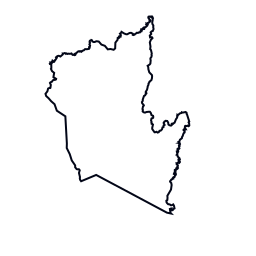 Robežnieku pag., Kraslavas, Latvia, rotated 68°
{"feature_id": "27541924B81744778922101", "entity_name": "Robežnieku pag.", "entity_type": "district", "adm_level": 2, "iso_a3": "LVA", "parent_name": "Latvia", "parent_adm1": "Kraslavas", "projection": "albers", "projection_center": [27.571, 55.969], "detail": "fine", "context": "isolated", "style": "outline", "palette": "ink", "viewbox_px": 256, "rotation_deg": 68, "n_neighbors": 0, "source": "geoboundaries", "source_scale": "gbopen_adm2", "svg_char_len": 5629}
<svg xmlns="http://www.w3.org/2000/svg" viewBox="0 0 256 256"><g transform="rotate(68 128 128)"><path d="M178.4,92.5L177.9,93.2L176.4,93.2L176.0,93.0L176.0,92.6L176.5,92.1L176.5,91.7L175.3,91.6L173.1,92.6L171.6,92.3L171.1,92.9L170.3,91.8L169.2,91.7L169.3,91.2L169.2,91.0L168.0,91.3L168.0,90.9L168.5,90.4L168.5,90.2L167.8,90.0L166.7,90.3L166.4,90.0L166.4,89.6L165.8,89.6L165.8,89.1L166.4,88.3L166.2,88.0L165.5,88.1L164.7,87.6L164.2,87.6L164.0,87.4L164.1,87.0L163.9,86.9L163.6,87.4L163.4,87.4L162.6,86.1L161.8,86.5L161.7,86.3L162.1,86.0L162.0,85.8L161.2,85.9L160.9,86.4L160.9,85.8L160.7,85.7L159.8,86.1L159.8,85.5L158.3,84.2L157.7,81.9L156.7,81.4L156.0,80.4L153.9,78.6L153.5,78.0L153.5,77.5L153.2,77.1L151.6,76.4L151.2,76.6L151.3,77.1L150.6,77.3L150.1,76.5L150.3,75.6L150.7,74.9L148.7,75.1L147.6,74.4L147.5,74.0L148.2,72.9L148.1,72.0L149.0,71.3L148.9,70.6L148.6,70.2L146.6,69.6L145.4,69.7L145.0,68.8L137.4,68.2L136.7,68.4L136.0,68.0L135.5,68.1L134.7,68.7L134.4,70.7L134.0,72.0L133.6,72.3L134.1,72.8L133.9,74.5L134.7,76.6L134.2,77.2L135.2,77.5L135.3,78.0L136.1,78.1L137.0,78.9L137.8,80.2L140.5,82.8L140.6,83.6L141.0,84.5L140.6,84.9L140.4,85.5L140.5,85.9L141.5,86.1L141.9,87.0L141.8,87.4L140.9,88.6L139.9,89.2L138.0,88.7L136.2,89.0L135.4,90.5L135.7,91.4L135.7,91.8L136.0,92.0L136.4,92.9L136.7,93.1L138.8,92.9L139.0,94.1L140.4,94.7L140.4,95.8L142.0,97.0L142.7,98.7L142.4,99.8L143.4,101.1L143.3,102.3L142.2,102.9L142.1,104.6L141.9,105.0L138.1,105.9L137.1,105.6L134.2,103.6L133.8,103.9L133.1,103.9L132.9,104.5L131.4,104.2L130.9,103.8L129.6,103.8L128.0,102.7L127.9,102.4L128.1,101.3L127.9,100.8L126.9,100.3L126.1,100.2L124.8,101.4L122.8,101.2L121.2,101.6L120.8,102.4L120.1,104.8L120.1,106.5L119.2,107.7L118.1,108.2L116.8,107.4L115.8,107.5L115.3,107.1L113.6,106.0L113.3,105.2L112.9,104.8L110.3,105.6L109.2,105.4L108.3,104.1L107.2,103.7L104.3,101.2L104.1,99.8L103.4,99.2L102.9,98.0L102.3,97.9L102.1,98.4L101.1,98.0L99.6,96.0L97.8,94.7L96.7,94.1L95.6,92.8L94.4,92.3L93.7,91.1L93.1,90.8L92.4,88.4L90.9,87.2L88.9,86.2L87.8,86.0L84.4,87.4L81.2,87.1L79.0,86.4L77.7,86.5L77.2,84.0L76.6,83.1L73.7,81.6L72.3,81.4L71.6,80.9L71.0,79.8L69.8,78.9L68.9,78.8L68.0,78.1L66.3,77.8L64.3,77.5L63.2,77.9L60.8,76.6L56.8,75.7L54.9,73.9L53.8,71.6L52.8,71.8L52.3,72.9L52.2,73.6L50.5,73.2L49.5,71.2L47.8,71.2L47.2,69.8L47.4,68.8L45.8,67.2L44.1,66.9L42.4,66.1L40.8,66.4L39.2,66.0L36.9,64.5L36.2,64.4L35.6,63.7L33.7,63.8L33.5,64.2L34.3,64.7L34.0,65.0L33.3,64.9L32.5,66.9L32.5,67.3L33.4,67.9L34.4,67.5L35.9,67.7L36.2,67.1L37.0,67.1L37.7,68.0L37.6,68.5L38.0,68.9L38.0,70.8L38.8,71.7L38.5,71.9L38.9,72.0L39.0,72.3L39.4,72.1L39.7,71.2L40.4,71.9L40.5,72.7L40.9,73.2L41.0,74.0L40.8,75.1L41.8,75.4L42.3,75.9L42.1,76.5L41.1,76.7L41.3,77.2L42.1,78.0L41.6,78.6L42.7,79.0L42.2,79.4L42.8,80.0L43.2,79.8L43.6,80.3L43.5,80.9L43.8,81.2L43.4,82.4L43.6,83.1L43.0,84.1L43.3,84.8L43.5,86.3L43.9,86.9L43.8,88.3L43.4,88.7L42.4,88.2L41.0,89.4L40.7,90.1L40.5,91.0L40.8,93.6L40.4,94.6L38.9,96.2L36.4,98.0L37.2,98.8L37.5,100.1L39.2,99.8L40.4,100.6L39.7,101.4L39.7,102.0L40.1,102.4L40.6,101.9L41.0,102.2L41.1,102.9L41.0,103.5L40.6,103.5L40.6,103.8L42.3,104.6L44.1,107.7L49.4,110.1L50.1,112.0L48.2,114.6L47.5,117.3L43.1,118.7L40.7,121.4L36.9,122.7L35.8,124.6L35.7,125.5L35.8,126.6L35.4,127.7L34.5,128.5L33.1,128.6L32.6,129.1L33.0,129.7L32.8,130.6L33.2,131.1L34.3,131.5L34.8,131.3L36.1,132.5L37.2,132.2L38.2,132.9L38.2,133.6L38.9,134.0L39.4,133.7L40.0,134.5L39.6,136.4L38.8,138.3L39.4,139.8L39.3,140.7L39.8,142.6L39.1,142.8L39.0,143.2L39.2,144.0L38.5,144.4L38.3,145.5L38.8,146.5L38.8,147.2L39.2,147.8L39.3,148.3L39.2,148.7L39.3,149.4L39.6,149.3L39.8,148.9L40.1,149.0L40.5,149.5L40.5,150.2L39.7,151.2L39.4,152.0L37.7,152.5L37.7,153.2L37.3,154.4L36.7,155.5L36.7,156.3L35.8,157.1L36.0,157.8L35.1,158.2L34.8,158.6L34.8,159.6L34.5,160.5L35.0,160.5L35.4,161.0L36.4,163.9L35.3,164.9L35.0,165.5L34.9,166.6L35.5,168.3L36.0,168.2L35.8,167.9L36.2,167.7L37.6,169.7L37.8,170.0L37.7,170.4L37.9,170.8L38.7,171.2L38.9,171.6L38.5,172.2L37.3,172.8L37.8,173.2L38.5,173.1L38.3,173.6L38.7,173.8L38.2,174.4L38.3,175.1L38.6,175.1L38.4,175.4L38.9,175.4L38.9,174.9L39.3,175.2L38.9,175.7L39.1,176.4L39.5,176.4L39.9,175.7L40.5,175.4L43.9,176.7L44.3,177.3L46.9,177.1L49.2,175.8L52.9,178.1L55.5,176.2L56.0,176.6L56.0,177.9L55.4,179.0L56.0,180.4L56.6,181.2L56.6,182.7L57.0,183.5L59.1,183.4L61.7,184.9L61.8,185.1L61.4,185.8L61.5,187.3L63.8,189.0L65.4,191.7L67.7,191.9L70.6,190.5L74.4,189.2L78.4,187.2L85.3,187.5L93.7,181.7L119.5,190.5L123.6,192.3L130.4,191.8L137.0,192.3L142.9,191.0L144.6,191.7L146.9,191.0L147.4,190.3L147.8,189.0L149.1,188.6L151.3,190.3L155.5,190.9L156.5,191.5L158.0,191.8L159.8,191.4L159.6,175.1L221.1,123.6L223.5,120.0L221.9,120.6L221.2,119.8L220.2,119.9L218.8,119.5L219.0,118.8L218.7,118.3L218.8,118.0L219.3,118.6L219.8,118.7L220.8,117.8L220.9,117.3L220.2,116.5L220.0,115.0L217.4,114.5L215.8,114.7L216.0,116.3L215.7,117.2L214.5,117.9L213.7,119.3L212.3,119.9L211.3,120.1L209.8,119.7L209.7,119.5L209.7,118.8L209.5,118.5L207.5,117.5L205.6,116.9L201.2,111.2L197.2,108.9L195.2,108.5L193.5,109.1L193.1,108.9L192.5,107.7L192.1,107.3L192.1,106.2L191.8,105.7L191.9,104.9L191.6,104.8L191.6,105.3L191.3,105.4L190.6,104.2L190.9,103.3L189.4,101.9L189.3,101.2L188.8,100.9L188.6,101.3L188.1,101.8L188.1,102.5L187.8,102.7L187.1,102.1L187.1,101.8L187.4,101.1L186.7,100.4L186.3,100.8L186.0,101.0L184.4,100.3L184.4,100.0L184.9,99.8L184.9,99.3L183.7,98.5L184.4,97.8L184.3,97.5L184.0,97.8L183.5,97.8L183.1,97.4L183.0,96.6L182.3,96.7L182.0,96.1L181.5,95.8L180.9,95.8L180.0,96.5L178.9,96.2L179.1,95.9L179.2,95.7L178.6,94.3L179.3,94.1L179.6,93.7L179.0,92.6L178.4,92.5Z" fill="none" stroke="#020617" stroke-width="2"/></g></svg>